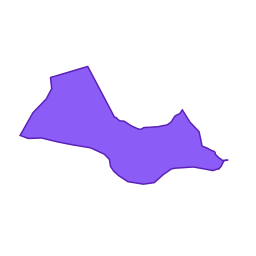 Bois Patat, Castries, Saint Lucia, rotated 191°
{"feature_id": "8701671B97832675692274", "entity_name": "Bois Patat", "entity_type": "district", "adm_level": 2, "iso_a3": "LCA", "parent_name": "Saint Lucia", "parent_adm1": "Castries", "projection": "robinson", "projection_center": [-60.983, 14.009], "detail": "fine", "context": "isolated", "style": "filled", "palette": "violet", "viewbox_px": 256, "rotation_deg": 191, "n_neighbors": 0, "source": "geoboundaries", "source_scale": "gbopen_adm2", "svg_char_len": 1415}
<svg xmlns="http://www.w3.org/2000/svg" viewBox="0 0 256 256"><g transform="rotate(191 128 128)"><path d="M31.2,104.9L29.3,108.0L28.5,111.0L27.5,114.2L23.5,115.7L25.4,115.4L26.1,115.1L29.4,114.1L30.6,115.1L32.5,115.8L34.3,116.8L35.7,117.8L37.3,118.9L37.5,119.8L37.9,120.6L38.7,121.4L40.2,121.6L41.4,121.8L46.5,123.4L47.3,123.6L48.1,123.7L51.1,124.2L51.8,124.4L57.5,137.9L68.3,145.6L78.1,156.1L78.3,155.7L78.5,155.5L78.9,154.4L79.7,152.4L80.5,151.5L82.2,150.3L83.7,149.2L84.6,147.9L85.1,146.3L85.8,144.8L86.5,142.8L87.2,141.6L89.6,139.1L91.2,138.0L93.3,137.3L94.5,136.8L96.8,135.8L99.3,134.8L101.7,134.3L105.6,133.2L108.1,132.5L109.3,132.3L111.6,131.7L113.0,131.1L113.8,130.3L114.8,129.4L115.6,129.1L116.6,129.0L118.6,129.2L120.4,129.6L122.0,130.0L123.4,130.3L125.8,131.0L128.4,132.0L131.3,133.2L133.1,134.0L134.7,133.8L136.3,133.5L137.5,133.5L138.5,134.0L139.7,134.6L141.6,136.0L143.3,136.0L164.1,161.9L179.3,180.7L183.6,178.5L213.7,162.8L210.4,152.0L212.3,145.9L213.9,140.7L219.8,131.7L224.2,124.9L232.5,100.1L224.1,98.7L223.6,98.8L211.0,101.7L200.9,101.2L192.9,100.9L179.3,100.9L161.2,101.4L155.7,100.1L146.4,97.8L143.4,95.8L140.3,93.6L137.8,86.9L133.7,82.8L128.0,79.4L117.8,75.3L102.2,75.8L96.9,77.6L91.8,79.4L88.8,83.3L84.3,89.2L77.7,96.0L74.3,97.5L65.9,99.7L56.4,102.2L43.9,102.4L41.6,102.4L36.4,102.4L35.3,103.1L31.9,105.0L31.6,105.0L31.2,104.9Z" fill="#8b5cf6" stroke="#5b21b6" stroke-width="1.5"/></g></svg>